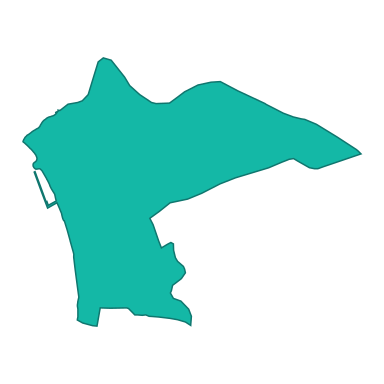 Town, Soufrière, Saint Lucia (Equal Earth projection)
{"feature_id": "8701671B57419145053481", "entity_name": "Town", "entity_type": "district", "adm_level": 2, "iso_a3": "LCA", "parent_name": "Saint Lucia", "parent_adm1": "Soufrière", "projection": "equal_earth", "projection_center": [-61.059, 13.855], "detail": "fine", "context": "isolated", "style": "filled", "palette": "teal", "viewbox_px": 384, "rotation_deg": 0, "n_neighbors": 0, "source": "geoboundaries", "source_scale": "gbopen_adm2", "svg_char_len": 3042}
<svg xmlns="http://www.w3.org/2000/svg" viewBox="0 0 384 384"><path d="M55.2,112.7L56.0,112.7L57.0,112.4L56.7,112.9L55.9,113.9L54.9,114.7L54.3,115.2L53.7,115.5L53.1,115.7L52.7,116.0L51.9,116.1L50.7,116.6L49.0,117.0L47.7,117.6L46.8,118.1L46.1,118.7L45.3,119.4L44.3,120.0L43.4,120.8L42.8,121.5L42.1,122.4L41.2,123.9L40.7,124.7L40.2,125.5L40.0,126.2L39.6,126.7L39.0,127.3L38.7,127.7L38.2,128.1L37.4,128.5L36.6,128.9L35.5,129.6L34.7,130.1L33.8,130.6L33.0,131.1L32.2,131.6L31.3,132.4L30.3,133.2L29.4,133.8L28.8,134.3L27.9,134.8L26.9,135.4L26.5,136.0L25.2,137.2L24.8,137.8L24.2,138.9L23.7,139.7L23.3,140.7L23.0,141.4L23.2,142.0L24.5,142.9L25.2,143.6L27.3,145.5L28.9,147.1L30.2,148.5L31.1,149.2L31.8,150.0L32.7,151.0L33.3,151.8L34.3,152.9L35.1,154.1L35.7,154.8L36.1,155.7L36.4,156.5L36.7,157.2L37.0,158.1L36.8,159.8L36.2,161.0L35.7,161.5L35.4,161.8L34.4,162.4L33.8,163.0L33.4,163.4L33.1,164.3L33.1,166.0L33.6,167.0L34.0,167.7L34.8,168.5L35.7,169.1L36.9,169.1L38.5,168.8L39.2,168.7L39.9,168.8L41.4,170.1L42.1,170.9L45.1,176.1L46.5,178.5L46.8,179.3L47.5,180.4L48.9,183.2L49.5,184.5L49.7,185.2L50.2,186.5L51.3,188.7L52.1,190.0L53.2,191.8L54.4,193.7L54.7,194.3L55.1,196.1L55.5,198.1L55.9,199.7L56.2,200.4L56.1,201.0L55.4,201.4L48.3,205.3L46.9,201.5L46.2,202.0L45.0,198.8L42.9,193.0L40.5,186.5L38.2,180.3L37.7,179.0L36.7,176.3L35.9,174.0L35.0,171.6L34.2,172.1L36.8,179.2L41.3,191.4L45.6,202.8L47.6,208.1L56.2,203.2L56.9,202.7L57.8,204.6L58.2,205.5L58.9,207.1L59.2,207.7L59.8,209.2L60.6,211.2L61.5,213.3L61.8,214.8L62.4,217.3L62.7,218.4L63.2,219.6L63.7,220.6L64.3,220.7L67.3,230.4L70.0,240.2L70.2,241.1L72.1,247.9L73.3,252.2L73.6,253.4L73.8,254.3L73.7,257.1L75.2,269.8L77.5,287.4L78.8,297.0L78.6,298.3L78.4,298.9L78.1,300.4L77.8,301.8L77.7,303.0L77.4,304.9L77.4,306.2L77.9,309.1L77.9,312.9L77.9,317.0L77.5,318.7L77.3,320.0L82.7,323.0L92.7,325.7L97.0,326.1L100.2,307.9L110.5,308.2L126.5,307.9L127.0,308.0L128.5,308.5L134.8,314.9L137.3,314.9L142.3,315.3L145.8,314.9L149.1,316.3L152.3,316.5L158.6,317.0L169.6,318.3L177.6,319.7L185.4,322.0L190.7,325.4L190.8,323.6L190.9,322.7L191.4,316.3L188.7,309.2L180.9,301.1L173.4,298.4L170.4,293.0L171.4,290.7L172.6,285.3L176.6,282.3L181.4,278.6L185.4,272.8L184.6,269.1L183.4,266.4L177.6,261.4L175.4,257.7L173.6,250.3L173.4,243.9L170.9,242.5L167.6,244.2L161.4,247.9L158.6,240.8L153.1,224.7L149.8,218.3L159.6,211.2L170.1,202.8L187.6,199.1L201.7,193.3L220.0,183.9L235.5,177.8L268.6,167.8L272.6,166.1L282.3,162.0L286.7,160.3L289.1,159.3L293.6,158.6L297.6,161.0L309.4,167.7L314.4,168.7L317.9,168.7L323.4,166.7L336.1,162.4L361.0,153.9L357.9,150.8L356.3,149.5L337.1,137.0L316.4,124.3L304.8,119.4L301.4,118.9L293.1,116.9L291.9,116.4L283.3,113.2L274.4,108.6L267.1,104.9L265.5,104.0L265.1,103.6L237.5,90.7L220.3,81.6L211.0,82.2L198.0,85.0L184.6,91.8L177.9,96.9L169.5,103.1L156.1,103.6L151.5,102.5L139.7,94.6L129.7,85.6L124.6,77.1L119.2,70.3L111.2,60.2L103.3,57.9L98.2,61.9L93.2,78.2L88.2,94.6L82.3,100.8L77.7,102.5L68.0,104.2L60.1,110.4L58.1,110.2L58.4,111.0L55.2,112.7Z" fill="#14b8a6" stroke="#0f766e" stroke-width="1.5"/></svg>